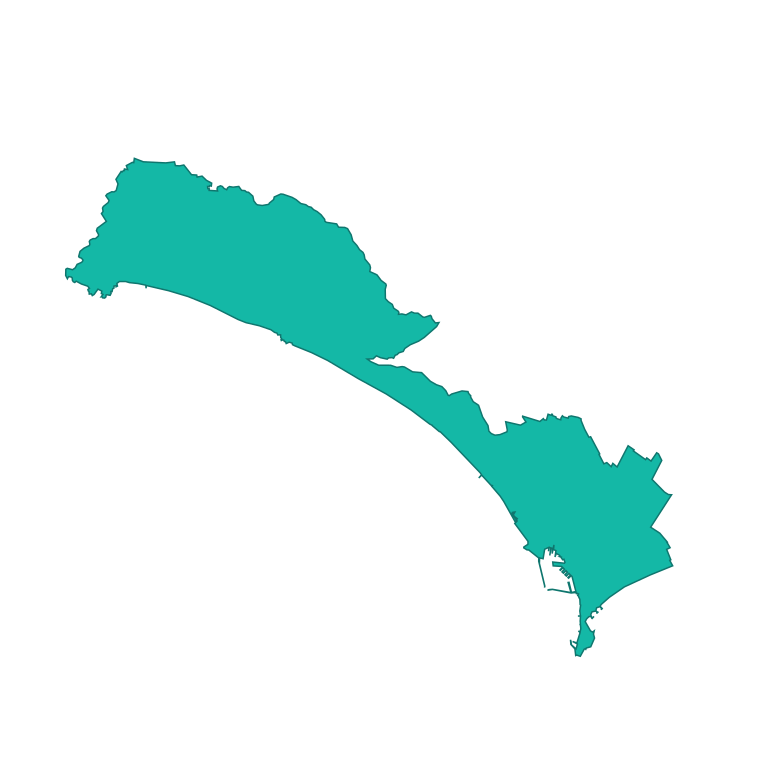 the district of Callao, Lima Province, Peru, rotated 310°
{"feature_id": "86281439B21009248898999", "entity_name": "Callao", "entity_type": "district", "adm_level": 2, "iso_a3": "PER", "parent_name": "Peru", "parent_adm1": "Lima Province", "projection": "natural_earth1", "projection_center": [-77.143, -11.949], "detail": "fine", "context": "isolated", "style": "filled", "palette": "teal", "viewbox_px": 768, "rotation_deg": 310, "n_neighbors": 0, "source": "geoboundaries", "source_scale": "gbopen_adm2", "svg_char_len": 6091}
<svg xmlns="http://www.w3.org/2000/svg" viewBox="0 0 768 768"><g transform="rotate(310 384 384)"><path d="M430.3,722.0L432.6,716.2L433.7,716.7L439.0,706.8L442.5,708.4L444.6,702.4L445.0,702.6L447.0,691.2L445.7,680.3L484.0,675.5L482.1,672.9L481.5,668.3L483.2,650.6L504.0,645.9L506.9,639.2L506.6,637.1L496.6,638.1L496.3,632.8L494.2,633.0L493.0,618.0L494.3,617.9L493.6,610.7L470.3,615.9L470.3,610.3L466.7,611.2L467.0,605.2L464.2,603.7L468.2,594.1L469.1,594.2L476.4,576.2L474.9,575.2L478.3,566.8L482.7,558.5L484.0,557.3L483.2,554.2L479.9,548.0L477.8,546.4L476.2,547.0L474.3,542.9L474.3,541.1L471.8,541.4L470.2,542.4L468.7,539.1L468.6,537.7L469.3,536.8L468.1,533.5L469.0,532.5L468.7,531.9L467.5,532.1L466.3,529.1L460.8,531.6L459.5,529.9L459.9,528.3L455.5,527.5L448.5,510.9L447.9,511.3L446.1,517.2L440.2,515.0L433.3,501.5L428.0,508.0L426.4,508.9L419.8,505.4L416.1,501.9L415.0,498.0L415.3,494.7L419.0,490.4L422.1,480.8L428.5,470.1L427.8,463.7L429.7,458.7L430.7,458.1L431.2,454.8L432.2,453.2L428.8,448.2L419.9,442.3L417.1,441.5L416.6,440.4L418.6,435.6L419.2,430.0L417.1,424.5L415.9,417.8L416.9,405.5L411.7,398.1L410.2,388.8L409.0,386.7L405.0,383.2L402.6,377.0L395.0,367.9L392.7,359.8L392.3,355.1L396.3,359.5L400.7,360.1L401.9,364.4L405.1,370.5L406.9,370.7L409.3,373.1L409.9,374.8L413.3,374.1L414.8,375.1L417.5,375.4L421.3,377.8L424.6,377.1L431.0,378.9L439.1,383.0L445.5,384.9L461.8,387.4L466.4,386.6L463.8,384.1L464.9,378.7L466.3,376.7L466.4,375.4L461.0,372.1L460.3,370.6L460.1,364.5L457.9,361.8L456.9,358.7L451.1,356.4L449.2,352.7L446.7,350.3L448.5,349.3L448.9,347.9L448.3,342.8L450.3,339.2L449.8,334.3L450.3,330.2L457.3,324.1L461.0,322.3L461.8,321.1L461.5,315.2L463.1,308.5L461.0,300.8L464.4,298.9L466.1,296.5L467.5,289.0L470.2,285.8L471.3,283.3L471.2,278.9L472.7,274.2L473.5,268.2L477.2,262.9L479.6,256.2L478.7,253.3L474.9,248.4L476.2,244.8L470.8,235.9L470.7,234.1L472.0,232.7L473.2,227.0L473.1,221.9L472.3,218.1L472.6,214.6L471.3,212.0L471.1,208.9L468.8,204.3L468.7,198.0L467.9,193.6L464.5,184.7L463.2,182.8L456.7,179.7L454.4,180.9L448.9,179.9L447.5,180.2L442.5,176.0L439.9,171.9L439.7,170.6L440.6,166.6L443.6,162.8L443.8,157.0L442.7,155.3L442.7,153.1L440.8,150.4L442.0,145.8L437.8,141.9L435.9,138.7L433.7,138.1L431.7,138.6L431.0,135.8L431.4,133.2L430.7,131.3L427.9,129.9L426.1,130.7L424.9,132.4L419.9,125.6L421.2,124.7L420.4,123.4L421.9,121.9L422.8,123.4L423.7,122.8L424.6,124.5L427.1,122.9L425.9,117.1L426.3,111.0L422.4,107.8L423.7,106.2L420.6,102.0L423.1,89.9L419.7,87.2L417.2,83.8L419.5,80.7L413.1,74.7L399.5,56.8L396.4,47.7L392.7,50.0L392.1,48.8L385.7,46.2L383.5,49.8L381.9,47.0L380.7,47.9L380.4,47.3L378.0,47.0L377.9,46.0L368.5,47.1L366.3,51.6L360.0,54.5L357.6,53.7L356.3,51.9L351.5,49.8L349.4,49.9L347.9,55.4L345.7,56.1L339.6,54.9L337.8,55.3L335.6,57.9L332.9,58.0L330.1,66.8L319.0,64.2L316.6,65.2L315.1,69.1L313.8,70.1L309.9,69.5L308.4,67.7L305.5,66.4L303.8,66.6L302.0,68.8L300.7,69.3L295.1,66.8L290.2,65.9L285.5,68.1L285.1,69.1L285.9,71.3L285.6,73.4L284.9,74.1L282.9,74.2L278.4,72.0L274.6,72.8L271.4,72.0L269.0,67.0L267.4,66.5L262.5,70.4L261.1,73.8L263.5,73.3L264.9,75.6L264.9,76.9L263.1,78.7L262.6,80.3L263.0,81.9L264.9,82.1L266.1,87.9L268.5,94.2L267.9,96.9L266.1,96.4L265.2,97.6L265.3,98.5L263.4,100.4L265.0,101.9L264.2,103.7L266.3,104.4L272.8,103.9L273.8,108.1L271.6,109.3L272.0,111.1L269.1,111.3L269.6,111.7L269.1,113.0L270.3,114.8L272.0,115.0L273.5,113.9L274.2,114.3L275.9,117.2L278.0,116.7L279.3,115.3L280.0,116.3L282.6,114.9L283.8,115.5L285.5,114.2L287.4,115.9L286.5,116.4L287.7,116.9L289.3,114.7L292.4,115.4L296.5,120.3L298.0,123.8L302.8,130.9L306.6,138.0L304.4,140.2L306.4,138.8L307.0,139.3L317.0,159.0L325.1,177.8L332.5,200.5L339.6,230.7L342.3,238.9L348.5,251.1L352.9,262.6L353.2,267.0L354.2,269.3L353.3,271.1L355.2,273.2L353.3,274.9L352.8,276.6L351.9,276.5L351.3,277.4L352.6,278.0L353.2,279.1L352.5,280.3L353.1,281.4L352.1,283.1L355.1,284.5L356.3,287.3L355.3,288.6L355.8,290.8L361.5,308.4L365.8,325.7L371.6,361.0L377.8,392.2L381.5,421.4L382.7,444.9L383.5,448.1L383.1,447.3L383.1,457.1L383.6,457.7L382.5,472.8L377.8,514.8L377.1,517.1L372.9,517.0L377.0,517.4L375.2,530.9L375.8,532.2L374.9,532.2L372.8,544.9L371.0,551.2L362.5,573.7L364.9,572.7L367.0,565.3L368.5,565.1L370.1,566.6L368.5,566.9L367.9,565.5L366.3,569.0L366.5,572.6L365.8,572.5L364.4,574.1L361.2,573.8L356.0,595.5L353.7,597.3L349.1,595.9L348.3,596.4L348.8,600.1L349.9,601.6L350.2,614.4L347.7,616.4L332.4,637.1L331.2,637.8L332.5,637.2L347.4,617.1L347.2,617.8L350.8,615.0L352.4,618.2L360.7,613.3L364.8,615.3L361.6,617.5L365.0,615.6L365.7,617.1L359.2,621.2L365.8,617.4L366.4,618.7L362.2,621.8L370.0,617.6L366.1,620.4L366.9,622.8L361.4,626.2L365.0,624.9L365.6,628.5L365.2,629.9L364.7,629.6L365.3,631.0L364.4,631.0L364.9,631.2L364.2,633.9L365.4,634.5L363.7,637.3L362.7,637.4L356.1,627.7L353.4,630.5L358.4,637.3L358.3,638.5L354.7,638.3L354.7,638.9L358.3,639.2L358.1,641.3L354.5,641.1L354.4,643.1L358.0,643.4L357.7,645.4L354.2,645.2L354.1,647.2L357.7,647.5L357.5,649.7L354.0,649.3L353.9,650.2L357.5,650.6L357.4,651.8L348.0,664.9L347.7,663.9L345.2,661.9L345.2,661.1L351.0,653.2L350.3,652.6L344.4,661.3L335.0,645.0L332.6,642.6L331.1,641.8L334.9,645.1L344.2,661.7L347.6,665.0L346.8,666.7L347.7,665.9L348.2,668.0L346.8,668.3L346.4,667.6L346.7,668.6L344.9,672.5L341.1,676.0L341.1,676.7L336.0,679.9L332.6,683.6L330.9,681.7L332.5,683.7L328.9,686.4L328.5,685.9L328.7,686.5L326.1,689.0L325.5,688.3L325.9,689.2L323.1,692.0L320.2,693.6L319.8,691.7L319.6,694.0L309.6,698.2L308.0,694.0L309.2,699.3L304.5,701.4L304.7,695.1L307.1,692.6L307.9,691.3L304.6,694.6L303.8,700.5L299.2,705.4L300.2,705.9L301.6,709.4L309.6,707.8L310.6,708.4L310.5,709.1L311.8,708.7L315.6,711.3L324.7,708.6L327.1,705.2L330.0,703.7L328.1,703.3L327.6,700.9L331.3,690.9L334.3,690.2L337.5,690.5L338.7,691.6L338.6,693.8L337.5,694.1L340.9,694.3L338.9,693.8L338.9,692.6L340.3,690.6L343.2,689.8L346.3,692.3L346.0,694.1L344.8,694.3L347.3,694.7L346.4,694.2L346.6,691.9L349.3,690.7L352.2,692.5L351.9,695.1L350.6,695.3L351.5,695.5L352.3,695.5L352.6,692.4L354.8,692.1L365.4,693.7L383.2,698.6L408.9,710.7L430.3,722.0Z" fill="#14b8a6" stroke="#0f766e" stroke-width="1.5"/></g></svg>